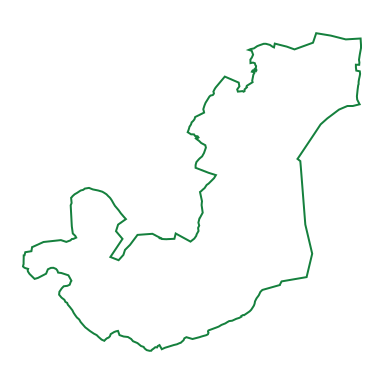 Fufore, Adamawa, Nigeria
{"feature_id": "59680162B6607126567740", "entity_name": "Fufore", "entity_type": "district", "adm_level": 2, "iso_a3": "NGA", "parent_name": "Nigeria", "parent_adm1": "Adamawa", "projection": "mercator", "projection_center": [12.553, 9.248], "detail": "fine", "context": "isolated", "style": "outline", "palette": "green", "viewbox_px": 384, "rotation_deg": 0, "n_neighbors": 0, "source": "geoboundaries", "source_scale": "gbopen_adm2", "svg_char_len": 4512}
<svg xmlns="http://www.w3.org/2000/svg" viewBox="0 0 384 384"><path d="M200.0,192.0L202.0,201.3L201.8,202.8L201.6,205.1L202.0,207.8L202.7,212.7L199.5,218.6L199.4,218.6L198.4,222.6L199.2,225.6L198.1,227.9L198.5,231.0L196.6,234.4L196.5,234.9L196.2,235.9L194.3,238.6L190.5,241.6L178.6,235.1L175.7,233.5L174.4,238.8L166.2,239.2L161.8,239.0L161.3,238.3L160.8,238.5L160.4,238.4L160.8,238.1L158.4,236.9L156.8,236.1L154.6,234.9L152.4,233.8L137.5,234.9L130.0,244.9L125.0,249.9L123.4,254.9L118.6,260.2L110.4,257.0L122.5,238.9L116.0,231.2L118.1,224.6L125.9,219.1L123.2,216.1L122.9,215.7L120.9,213.4L118.7,210.3L117.1,208.4L114.9,205.8L113.3,203.1L111.8,200.4L110.3,198.2L109.5,197.3L108.4,196.3L106.5,194.3L104.2,192.8L102.3,191.7L98.2,190.5L92.8,189.4L89.0,187.9L84.8,188.6L83.3,189.8L80.7,190.5L79.3,191.4L78.4,192.0L77.2,192.8L74.6,194.3L72.5,196.2L72.1,196.8L71.1,197.8L71.6,203.0L70.7,205.3L71.8,226.2L71.9,227.0L72.8,233.5L75.3,235.9L76.2,237.6L73.4,238.9L71.9,239.0L70.4,240.4L66.3,241.9L60.9,240.1L57.3,240.5L43.5,242.0L32.5,247.0L32.1,247.1L31.4,251.2L25.3,252.2L24.5,255.3L23.7,255.4L23.7,256.1L23.7,258.0L23.6,261.2L23.6,263.8L23.5,264.6L23.3,264.9L23.0,266.5L24.4,267.7L25.6,268.2L28.1,268.9L27.7,270.0L27.9,271.4L29.5,273.9L34.6,278.9L38.0,277.9L46.1,273.7L47.9,269.3L50.9,267.9L53.4,267.8L56.0,268.9L57.3,270.4L58.1,272.6L61.3,273.0L64.1,273.9L68.4,275.3L70.4,278.9L71.4,280.8L70.7,281.9L69.7,284.7L67.4,285.8L63.7,286.3L61.7,288.4L59.4,291.8L59.1,294.7L61.5,297.6L64.4,299.8L65.4,301.9L67.2,302.9L67.8,304.6L70.1,307.3L72.4,310.3L72.9,311.3L73.5,312.6L75.0,314.9L76.9,317.5L77.4,317.9L79.2,319.5L80.7,322.1L85.3,327.4L86.4,328.2L89.8,330.9L93.5,333.4L93.6,333.5L96.7,335.1L98.6,337.0L101.6,339.6L104.3,340.8L105.7,339.3L107.4,338.0L108.5,337.7L109.9,336.3L110.7,334.1L114.2,332.0L116.1,331.3L118.0,330.9L119.5,335.1L123.6,336.5L127.9,337.0L131.2,339.0L133.0,341.2L137.5,343.1L141.0,346.0L143.6,346.9L144.7,348.5L146.7,350.1L149.5,350.8L151.3,350.7L152.0,349.7L153.5,348.7L155.3,347.2L157.1,347.4L157.7,346.1L159.5,345.1L161.8,349.2L165.1,347.7L167.8,346.9L173.9,345.0L176.9,344.3L179.6,343.1L180.7,342.8L181.9,341.7L183.5,340.3L184.4,338.3L186.4,337.2L192.5,339.0L195.6,338.2L199.8,337.1L200.9,336.7L203.6,335.9L206.2,335.2L206.6,335.0L207.9,334.3L208.5,332.7L208.0,331.8L208.0,331.2L208.5,330.4L211.8,329.2L216.4,327.5L218.7,326.6L221.5,324.9L225.3,323.4L227.2,322.2L229.1,321.1L232.2,320.7L236.3,318.8L239.2,317.9L241.4,316.7L241.3,316.0L243.2,315.0L244.0,315.2L247.0,313.2L249.7,311.3L251.2,309.8L252.7,307.5L253.9,305.6L254.6,303.7L255.0,301.4L256.5,298.4L258.8,295.3L260.4,291.9L262.3,290.0L262.5,289.9L279.9,285.0L280.0,284.4L280.4,283.7L281.5,281.5L281.6,281.4L306.6,277.1L312.2,253.7L305.3,224.5L302.8,192.4L300.8,166.9L300.3,161.1L297.5,158.9L298.1,158.1L314.5,133.6L320.2,125.0L320.7,124.3L327.3,118.4L328.5,117.5L339.0,109.6L342.0,108.3L344.1,107.4L347.4,106.0L352.8,106.0L359.6,104.3L357.2,99.6L356.9,96.4L357.3,92.6L357.6,89.7L358.2,85.2L358.6,84.2L358.6,83.1L358.6,81.9L359.0,79.3L359.7,76.2L360.1,73.9L359.8,71.3L356.3,70.6L355.9,67.3L355.9,64.7L359.2,64.8L359.4,62.5L359.0,59.8L359.8,54.5L361.0,48.0L361.0,47.9L361.0,45.0L360.6,38.5L345.8,39.4L330.8,35.6L316.2,33.2L313.0,42.7L294.5,49.4L286.7,46.6L280.3,45.0L276.4,44.0L274.8,43.6L274.0,47.4L272.7,46.8L269.9,44.9L265.9,43.8L263.7,43.8L259.9,45.1L257.3,46.1L253.9,48.4L250.6,49.1L248.7,49.9L251.7,50.8L253.1,54.7L251.8,57.6L250.4,59.6L250.5,63.1L253.0,62.6L254.8,63.2L255.3,64.9L256.1,66.1L255.9,67.8L254.9,68.8L256.3,69.5L256.4,70.5L255.9,71.2L254.6,70.2L252.7,70.4L252.2,71.1L251.9,71.7L254.0,72.2L254.4,72.9L253.4,74.6L252.2,80.7L252.6,82.2L246.8,85.8L246.5,86.8L246.9,87.3L244.6,89.4L244.5,91.2L243.5,91.7L242.5,91.1L240.0,91.4L237.9,91.6L237.2,89.4L239.4,86.4L238.7,82.6L224.8,76.6L215.6,87.6L214.5,89.4L213.4,91.6L213.7,92.5L213.9,93.6L213.0,94.9L211.9,95.3L210.6,95.5L209.4,96.6L207.0,100.5L205.6,102.7L204.5,105.4L203.3,109.2L203.7,110.7L204.1,112.6L195.2,117.0L194.4,119.4L193.0,121.1L191.6,122.4L191.3,123.6L190.9,124.6L190.3,125.6L189.5,126.7L189.2,127.9L188.6,129.8L187.7,132.2L188.7,132.8L191.0,134.3L194.0,134.4L195.1,136.0L197.6,136.3L198.5,137.5L197.4,138.3L196.9,137.8L196.7,137.4L196.4,137.4L195.7,138.3L196.5,139.0L199.2,141.0L201.2,143.0L205.3,145.2L205.9,147.6L204.0,153.0L202.1,156.4L199.8,158.3L198.7,159.4L196.4,162.1L195.9,163.9L195.6,165.1L195.6,167.8L208.6,172.8L215.9,175.1L214.1,178.1L208.6,183.6L206.7,184.9L204.5,188.2L203.0,189.4L201.2,191.1L200.0,192.0Z" fill="none" stroke="#15803d" stroke-width="2"/></svg>